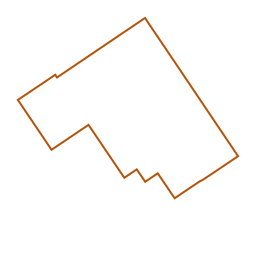 the district of Guadalupe, New Mexico, United States of America, rotated 56°
{"feature_id": "52423323B63657680318402", "entity_name": "Guadalupe", "entity_type": "district", "adm_level": 2, "iso_a3": "USA", "parent_name": "United States of America", "parent_adm1": "New Mexico", "projection": "mercator", "projection_center": [-104.647, 34.782], "detail": "fine", "context": "isolated", "style": "outline", "palette": "amber", "viewbox_px": 256, "rotation_deg": 56, "n_neighbors": 0, "source": "geoboundaries", "source_scale": "gbopen_adm2", "svg_char_len": 411}
<svg xmlns="http://www.w3.org/2000/svg" viewBox="0 0 256 256"><g transform="rotate(56 128 128)"><path d="M212.3,128.6L212.3,98.1L212.8,95.6L212.9,75.6L212.9,65.4L212.9,52.5L180.0,52.5L103.4,52.4L76.1,52.4L63.7,52.4L46.3,52.4L46.3,82.9L46.4,158.6L43.2,158.6L43.1,203.6L103.3,203.6L103.3,159.0L167.2,158.9L167.2,143.9L182.2,143.8L182.2,128.7L212.3,128.6Z" fill="none" stroke="#b45309" stroke-width="2"/></g></svg>